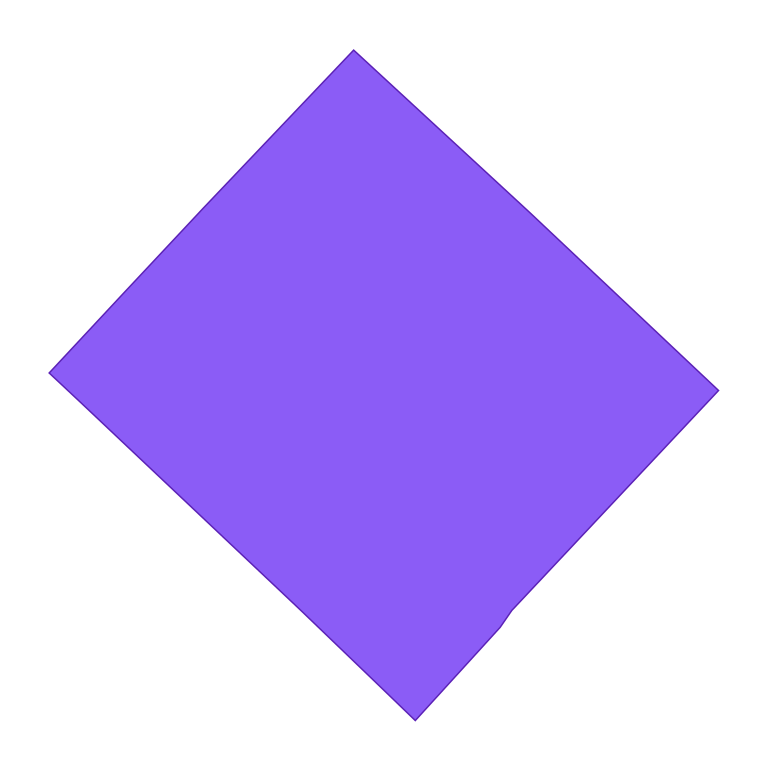 outline of Wayne, Ohio, United States of America, rotated 223°
{"feature_id": "52423323B53124474487881", "entity_name": "Wayne", "entity_type": "district", "adm_level": 2, "iso_a3": "USA", "parent_name": "United States of America", "parent_adm1": "Ohio", "projection": "mercator", "projection_center": [-81.875, 40.83], "detail": "fine", "context": "isolated", "style": "filled", "palette": "violet", "viewbox_px": 768, "rotation_deg": 223, "n_neighbors": 0, "source": "geoboundaries", "source_scale": "gbopen_adm2", "svg_char_len": 327}
<svg xmlns="http://www.w3.org/2000/svg" viewBox="0 0 768 768"><g transform="rotate(223 384 384)"><path d="M633.9,607.5L636.1,389.4L636.4,267.1L636.4,163.7L593.6,163.6L290.9,161.7L184.7,160.1L131.6,159.2L133.1,285.3L136.1,305.6L134.9,607.4L396.2,608.8L633.9,607.5Z" fill="#8b5cf6" stroke="#5b21b6" stroke-width="1.5"/></g></svg>